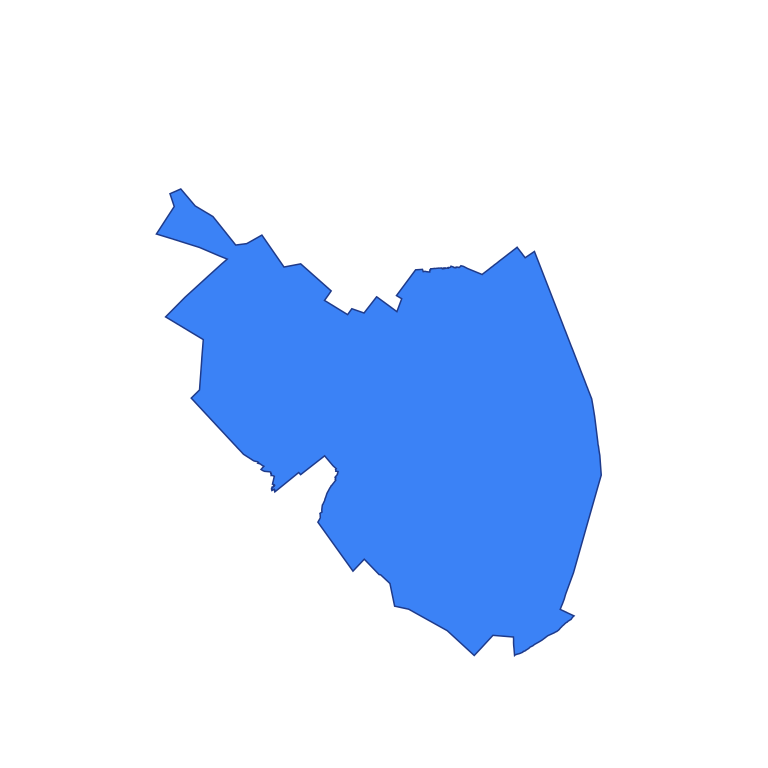 Villa de Ramos, San Luis Potosí, Mexico, rotated 210°
{"feature_id": "50627088B71687106347178", "entity_name": "Villa de Ramos", "entity_type": "district", "adm_level": 2, "iso_a3": "MEX", "parent_name": "Mexico", "parent_adm1": "San Luis Potosí", "projection": "mercator", "projection_center": [-101.949, 22.904], "detail": "fine", "context": "isolated", "style": "filled", "palette": "blue", "viewbox_px": 768, "rotation_deg": 210, "n_neighbors": 0, "source": "geoboundaries", "source_scale": "gbopen_adm2", "svg_char_len": 5475}
<svg xmlns="http://www.w3.org/2000/svg" viewBox="0 0 768 768"><g transform="rotate(210 384 384)"><path d="M543.9,275.4L537.4,273.4L508.5,264.5L488.9,258.5L483.4,256.8L482.0,256.4L481.3,256.2L480.7,256.0L480.1,255.8L479.2,255.5L475.7,254.5L475.4,254.4L474.7,254.2L470.6,252.9L458.5,252.3L457.2,252.6L456.0,253.0L454.9,253.4L453.5,253.4L453.7,252.3L452.4,252.6L451.2,252.9L449.6,252.7L448.3,252.6L446.9,252.7L447.8,248.5L446.3,248.4L445.7,248.4L444.8,248.5L444.1,248.6L443.9,248.6L439.3,250.7L438.1,251.1L438.1,251.4L437.7,250.6L437.3,249.8L436.8,250.0L436.4,249.1L436.0,248.3L435.4,248.7L435.3,248.8L434.6,249.0L433.3,249.2L432.8,249.2L432.4,247.7L431.6,245.2L431.2,243.9L431.2,243.7L430.8,242.4L430.7,242.2L430.5,241.5L430.0,241.7L429.6,241.7L429.2,241.8L428.8,241.8L428.8,241.4L428.1,241.5L428.1,241.4L428.0,241.1L428.0,240.7L428.3,240.6L428.7,240.6L428.7,240.3L428.4,240.3L428.4,239.9L428.4,239.7L428.7,239.7L428.8,239.6L428.8,239.2L428.9,238.6L429.3,238.6L429.2,238.2L429.2,237.4L428.5,236.3L427.8,235.7L427.5,236.2L427.9,236.6L427.6,237.2L426.8,237.1L426.3,238.0L425.7,237.7L425.2,236.6L424.6,236.0L422.6,241.1L413.6,264.7L410.9,263.8L405.8,276.5L399.5,292.1L387.3,287.7L384.1,287.0L383.0,286.8L383.2,285.7L382.5,285.1L382.0,284.5L382.0,284.4L380.0,285.2L379.2,282.6L379.3,282.6L379.2,282.3L379.7,279.2L379.3,279.1L379.5,278.5L378.8,278.3L378.7,277.4L378.5,276.9L377.7,276.7L378.1,273.5L378.3,272.3L378.6,270.0L378.9,269.5L378.8,268.5L378.8,268.1L378.9,267.1L378.9,266.2L378.8,263.4L378.8,261.7L378.7,260.8L378.6,259.9L378.4,259.3L378.2,258.2L377.9,256.9L377.8,255.9L377.6,254.8L377.3,254.0L377.1,253.3L377.0,251.4L376.8,249.6L376.9,248.5L376.2,246.7L375.0,244.0L374.4,243.0L373.7,242.1L374.8,239.9L374.3,239.4L374.2,239.3L374.0,239.0L373.9,238.9L373.8,238.7L373.4,238.2L373.1,237.6L372.7,237.0L372.3,236.4L372.2,235.4L372.2,234.4L372.2,233.9L372.2,233.3L372.2,232.6L372.2,231.9L372.2,231.3L343.1,218.1L317.3,206.4L313.5,222.4L292.9,216.5L291.6,217.1L279.1,214.2L263.7,196.9L250.1,201.3L205.9,202.0L170.1,194.0L167.6,204.7L164.0,220.8L145.4,229.6L144.0,227.5L142.5,224.8L141.1,222.6L139.2,220.0L138.8,219.4L135.7,214.9L135.2,214.2L135.1,214.6L134.8,215.1L134.6,215.5L134.4,215.6L134.2,216.0L133.8,216.3L133.4,216.8L133.0,217.2L132.5,217.6L131.8,218.4L131.2,219.1L130.8,219.7L130.5,220.1L130.4,220.2L130.1,220.6L129.8,221.0L129.7,221.2L129.7,221.5L129.7,221.9L129.5,222.1L129.4,222.4L129.1,222.6L128.8,222.9L128.6,223.1L128.0,224.1L128.1,224.3L127.9,224.7L127.6,225.2L127.2,225.9L126.9,226.5L126.6,227.0L126.4,227.6L126.2,228.1L126.1,228.5L126.0,229.0L125.8,229.5L125.3,230.1L125.1,230.5L124.8,230.8L124.5,231.3L124.3,231.6L124.1,231.9L123.8,232.8L123.7,233.0L123.5,233.6L120.7,238.3L119.1,241.2L116.3,247.9L112.0,253.9L111.8,254.4L111.5,254.9L111.3,255.2L111.2,255.4L111.1,255.5L110.8,255.8L110.6,256.1L110.5,256.3L110.3,256.9L109.9,257.8L109.5,259.0L109.4,259.8L109.2,261.0L109.1,261.5L108.8,262.2L108.7,262.7L108.7,263.1L108.5,263.7L108.2,264.5L108.0,265.2L107.9,265.3L107.6,266.5L107.5,266.8L107.5,267.0L107.4,267.1L107.3,267.4L107.0,268.2L106.8,268.7L106.6,269.0L106.3,269.4L106.2,269.5L106.2,270.0L106.1,270.3L106.0,270.6L105.4,271.7L105.2,272.1L105.1,272.3L104.7,273.0L104.3,273.6L104.3,273.9L104.2,274.7L104.2,275.4L104.1,275.9L104.1,276.1L104.1,276.3L103.9,277.0L103.7,277.4L103.7,277.5L103.5,278.2L108.9,277.7L110.0,277.6L118.7,276.9L119.3,280.7L119.5,282.6L119.9,285.0L120.4,288.0L121.3,291.5L121.6,292.8L121.8,293.9L125.5,315.2L137.7,363.4L147.0,400.4L150.3,413.7L161.4,430.1L163.8,433.0L167.2,437.4L168.3,438.5L168.6,438.9L169.7,440.5L173.4,445.4L178.9,452.7L183.2,458.4L185.8,461.8L186.9,463.1L187.6,464.0L192.1,469.5L196.7,475.0L204.6,481.3L205.2,481.8L205.6,482.2L206.4,482.8L207.1,483.3L212.6,487.8L220.4,494.0L221.7,495.1L239.2,509.2L239.3,509.2L245.5,514.2L251.7,519.2L252.8,520.1L255.5,522.2L258.7,524.8L318.5,572.8L320.0,574.0L324.9,563.9L325.8,564.3L327.0,564.8L328.3,565.3L329.6,565.9L330.8,566.4L332.1,566.9L333.3,567.4L334.5,567.9L335.8,568.4L337.1,569.0L338.1,566.4L339.2,563.8L339.2,563.7L340.1,561.5L341.2,558.9L342.2,556.4L343.7,552.7L344.8,550.1L345.5,548.4L346.9,544.7L348.0,542.3L348.6,540.6L349.0,539.7L349.4,538.6L349.5,538.6L350.4,536.2L351.5,533.5L352.3,531.6L353.8,528.0L353.8,527.9L369.3,525.8L373.9,525.6L375.1,525.3L375.9,525.0L376.5,524.9L376.9,523.0L377.2,522.4L378.1,522.1L378.3,522.2L379.3,521.7L380.0,521.3L379.9,521.1L379.7,520.9L380.2,520.4L380.4,520.2L381.2,520.0L381.4,520.1L381.7,519.8L381.8,519.8L382.3,519.8L382.5,520.0L384.9,519.5L384.8,518.4L385.3,517.7L385.9,517.3L386.2,517.3L386.8,516.8L386.4,516.3L387.8,515.6L388.2,515.3L388.8,514.7L389.1,515.1L390.3,514.3L389.9,513.8L390.2,513.5L391.1,512.9L391.6,513.1L391.9,513.4L392.5,513.0L394.3,511.8L394.5,511.8L395.0,511.4L395.3,511.1L395.5,511.0L395.9,510.8L396.0,510.7L397.7,509.4L398.0,509.4L398.4,509.2L398.7,508.8L400.1,507.8L401.2,507.1L400.8,506.1L401.3,505.8L400.6,504.3L400.4,503.9L401.3,503.4L403.4,502.5L404.8,502.1L406.2,500.9L408.0,502.5L413.7,498.7L417.4,466.8L411.3,466.7L409.0,453.1L433.3,455.8L434.0,455.8L436.8,435.5L449.5,433.1L450.2,425.9L477.3,426.6L476.6,434.1L476.3,438.2L516.2,446.4L529.1,435.3L564.2,451.9L573.1,436.9L574.3,436.0L581.9,430.2L615.9,443.5L617.5,443.5L636.6,443.8L657.5,451.3L664.5,441.8L654.4,432.8L656.1,400.1L643.5,403.0L612.1,410.0L590.5,412.6L582.2,413.8L584.6,406.9L590.2,389.5L599.7,359.6L606.7,332.9L562.7,332.1L554.9,315.7L553.2,312.3L540.8,286.6L543.9,275.4Z" fill="#3b82f6" stroke="#1e3a8a" stroke-width="1.5"/></g></svg>